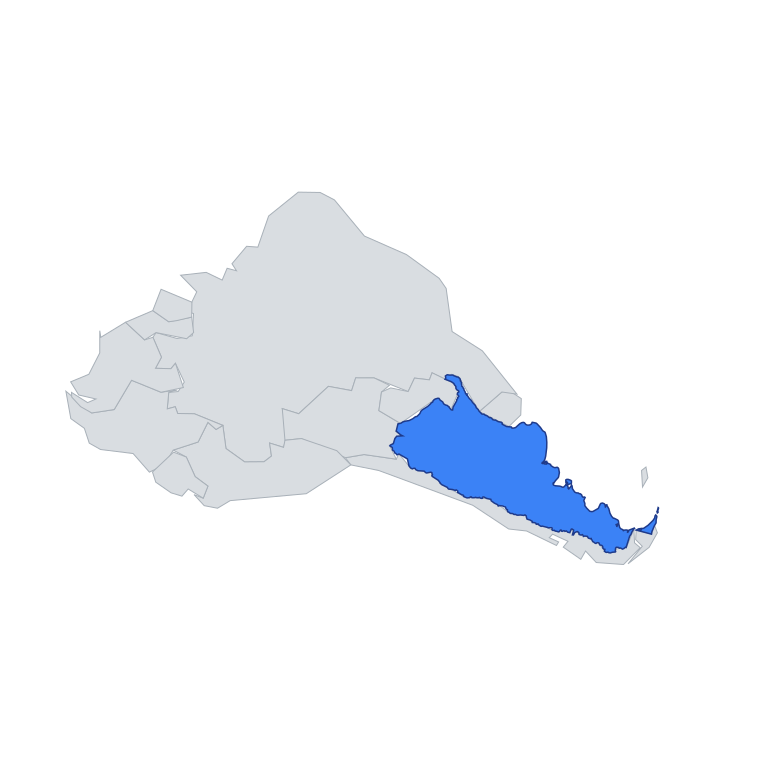 South America, with Argentina highlighted, rotated 286°
{"feature_id": "ARG", "entity_name": "Argentina", "entity_type": "country or territory", "adm_level": 0, "iso_a3": "ARG", "parent_name": "South America", "parent_adm1": "", "projection": "equal_earth", "projection_center": [-65.46, -38.417], "detail": "fine", "context": "in_parent", "style": "filled", "palette": "blue", "viewbox_px": 768, "rotation_deg": 286, "n_neighbors": 12, "source": "natural_earth", "source_scale": "50m", "svg_char_len": 9885}
<svg xmlns="http://www.w3.org/2000/svg" viewBox="0 0 768 768"><g transform="rotate(286 384 384)"><path d="M313.1,666.7L313.5,682.6L323.0,682.8L316.3,687.8L300.1,683.9L278.4,668.1L299.2,677.0L303.8,668.8L313.1,666.7ZM302.5,367.2L310.7,384.3L315.1,416.5L321.0,417.6L311.2,431.7L312.2,453.4L303.2,467.5L297.7,493.4L302.9,518.3L294.8,539.5L297.2,555.6L289.6,586.4L296.0,606.8L290.3,633.9L284.2,642.1L294.0,662.1L313.4,664.2L300.4,668.6L297.3,675.4L276.5,664.0L270.9,637.2L279.0,623.8L269.7,621.5L276.6,601.3L283.5,604.2L286.1,587.4L281.8,585.2L280.3,595.4L276.3,594.3L282.0,561.6L279.0,543.8L291.9,502.7L299.4,402.8L297.1,374.4L302.5,367.2Z" fill="#d9dde1" stroke="#a8b0b8" stroke-width="1"/><path d="M356.2,660.9L371.9,655.4L376.4,658.7L366.6,663.5L356.2,660.9Z" fill="#d9dde1" stroke="#a8b0b8" stroke-width="1"/><path d="M383.8,483.2L408.8,499.5L412.4,505.4L407.8,520.0L391.9,524.0L377.6,515.8L383.8,483.2Z" fill="#d9dde1" stroke="#a8b0b8" stroke-width="1"/><path d="M410.9,514.6L408.8,499.5L383.8,483.2L411.6,453.6L412.0,446.3L405.3,442.8L408.0,427.1L400.5,426.5L398.1,411.7L383.4,409.3L387.1,372.8L382.1,355.1L368.7,354.7L366.4,331.2L331.9,310.2L332.3,293.0L311.5,304.9L295.4,304.9L295.7,290.3L283.7,295.7L276.2,290.1L270.7,271.5L278.4,249.9L299.8,240.5L303.1,209.9L298.8,193.8L304.6,189.6L300.3,182.5L316.6,179.4L320.0,188.2L330.8,191.5L346.4,177.8L340.0,175.0L336.1,160.0L348.4,162.7L365.2,149.0L370.6,150.7L370.7,172.5L377.5,186.4L399.2,181.5L399.3,174.9L421.0,178.6L432.5,158.5L442.3,182.3L439.3,199.8L452.0,201.3L452.2,211.0L457.7,204.7L478.5,214.0L480.8,225.0L513.7,226.8L544.8,248.7L550.5,269.8L547.3,285.6L520.8,324.4L514.6,369.9L500.8,407.9L493.0,417.4L453.2,435.0L443.0,469.4L410.9,514.6Z" fill="#d9dde1" stroke="#a8b0b8" stroke-width="1"/><path d="M302.6,304.3L332.3,293.0L331.9,310.2L366.4,331.2L368.7,354.7L382.1,355.1L387.1,372.8L384.3,389.6L375.6,383.8L357.0,386.4L350.6,410.7L341.6,408.4L338.9,415.8L325.8,406.9L315.1,416.5L310.7,384.3L302.5,367.2L308.8,319.7L302.6,304.3Z" fill="#d9dde1" stroke="#a8b0b8" stroke-width="1"/><path d="M299.8,240.5L278.4,249.9L270.7,271.5L276.2,290.1L283.7,295.7L295.7,290.3L295.4,304.9L302.6,304.3L308.8,319.7L306.9,357.0L297.1,374.4L257.1,339.5L229.5,268.3L218.7,258.2L217.5,244.7L225.3,231.9L224.4,241.7L237.3,242.9L242.9,228.0L259.3,214.1L262.4,199.6L277.0,221.3L298.6,225.3L294.0,235.1L299.8,240.5Z" fill="#d9dde1" stroke="#a8b0b8" stroke-width="1"/><path d="M321.3,187.0L316.6,179.4L300.3,182.5L304.6,189.6L298.8,193.8L303.1,209.9L299.8,240.5L294.0,235.1L298.6,225.3L277.0,221.3L262.4,199.6L245.8,195.2L234.6,182.8L248.0,162.0L242.9,129.5L245.9,117.0L258.8,108.2L264.4,92.5L289.4,80.2L275.6,111.0L285.1,131.7L318.0,140.3L314.6,171.9L321.3,187.0Z" fill="#d9dde1" stroke="#a8b0b8" stroke-width="1"/><path d="M365.2,149.0L348.4,162.7L336.1,160.0L340.0,175.0L346.4,177.8L325.3,192.1L314.6,171.9L318.0,140.3L285.1,131.7L275.6,111.0L278.6,98.6L285.3,87.5L289.8,85.9L284.4,104.2L290.2,111.2L289.3,93.6L299.7,82.2L312.0,97.6L335.5,102.2L356.9,96.1L350.8,98.9L372.1,118.5L360.4,141.7L365.2,149.0Z" fill="#d9dde1" stroke="#a8b0b8" stroke-width="1"/><path d="M395.3,180.7L381.0,186.8L373.1,181.8L370.6,150.7L360.4,141.7L372.1,118.5L390.8,141.5L384.5,159.9L395.3,180.7Z" fill="#d9dde1" stroke="#a8b0b8" stroke-width="1"/><path d="M409.7,176.8L395.3,180.7L387.6,166.9L384.5,159.9L390.8,141.5L413.6,143.6L409.7,176.8Z" fill="#d9dde1" stroke="#a8b0b8" stroke-width="1"/><path d="M260.5,200.5L259.3,214.1L242.9,228.0L237.3,242.9L224.4,241.7L229.1,224.7L220.5,220.7L220.7,209.3L226.7,191.7L235.6,185.7L260.5,200.5Z" fill="#d9dde1" stroke="#a8b0b8" stroke-width="1"/><path d="M382.1,391.5L383.4,409.3L398.1,411.7L400.5,426.5L408.0,427.1L403.9,450.9L397.6,457.8L377.8,455.4L383.9,437.6L350.6,410.7L357.0,386.4L375.6,383.8L382.1,391.5Z" fill="#d9dde1" stroke="#a8b0b8" stroke-width="1"/><path d="M384.0,483.0L382.1,486.5L382.4,487.6L382.5,488.9L381.8,490.0L382.0,491.1L381.8,491.9L380.7,494.6L381.1,495.7L380.7,497.0L379.7,498.4L379.8,500.7L380.1,501.2L379.3,504.0L379.6,507.5L379.0,508.5L378.2,508.5L377.9,508.8L376.9,513.6L377.8,518.3L376.9,519.2L377.3,520.6L378.4,522.5L383.1,525.4L384.7,526.9L385.5,528.4L385.5,529.6L384.2,531.5L384.0,533.0L384.6,535.1L385.8,536.4L386.7,536.9L387.9,536.9L388.1,537.2L388.3,540.2L388.3,541.2L387.9,542.1L385.4,546.3L383.3,548.8L382.5,550.2L382.2,551.7L381.6,552.4L378.1,554.6L372.7,556.6L367.4,558.0L359.2,559.3L356.1,559.4L354.5,559.1L353.1,558.7L352.3,557.8L351.4,557.7L351.2,558.2L351.6,559.3L351.4,560.7L351.6,561.4L353.1,562.5L352.3,562.6L353.0,563.3L352.6,566.3L351.6,566.9L350.8,569.4L350.6,570.7L350.8,571.6L351.7,573.4L351.4,574.5L350.8,575.2L347.2,577.0L343.0,577.4L342.1,577.3L338.2,575.4L335.3,574.5L335.6,574.0L335.2,573.9L333.9,574.4L333.5,575.1L333.4,576.9L334.2,580.7L334.3,582.2L334.0,584.0L334.4,585.1L336.7,586.4L337.2,586.4L337.4,586.5L337.0,587.2L337.0,587.7L337.9,587.8L339.9,587.5L340.2,586.5L339.0,586.3L339.2,586.1L341.9,585.2L342.6,585.8L342.9,586.6L343.1,587.6L342.9,590.0L342.5,590.9L340.3,591.5L339.7,591.3L338.5,589.0L337.5,588.5L336.5,588.6L335.5,589.5L334.5,589.7L334.1,590.5L336.6,591.7L338.5,592.2L337.8,592.9L335.3,594.0L332.7,597.1L332.4,598.8L332.8,600.9L332.4,601.8L332.6,602.8L332.1,604.3L330.3,605.8L330.0,606.9L330.6,607.5L330.4,608.6L327.0,608.2L324.6,610.0L322.4,610.6L320.5,613.1L318.4,616.8L318.5,618.5L319.0,619.9L323.5,624.3L328.2,625.0L329.1,625.5L329.8,626.9L329.6,628.7L328.9,629.7L326.9,630.7L327.2,630.9L328.6,630.7L329.0,630.9L329.3,631.5L328.7,631.8L325.9,634.6L322.1,636.8L319.5,639.3L318.2,641.5L318.4,642.2L317.7,646.1L317.0,647.1L314.9,648.0L313.6,647.0L312.5,645.3L312.7,646.2L312.5,646.7L310.7,647.2L312.9,647.3L314.0,648.4L311.0,650.1L310.1,651.6L309.8,653.7L308.6,654.9L309.5,654.6L310.4,656.9L310.6,658.0L310.5,658.7L308.1,659.0L309.8,659.6L310.6,659.4L311.0,659.7L314.5,664.3L314.2,664.6L314.1,664.2L309.7,663.0L308.1,663.0L305.3,662.1L293.6,661.8L293.7,661.2L291.8,659.8L291.0,658.7L291.5,656.9L291.5,656.3L291.0,655.4L291.4,654.9L291.5,654.0L291.1,652.3L290.0,651.8L289.4,652.1L288.0,652.1L286.7,652.9L286.3,652.7L285.2,649.9L284.0,648.1L283.8,646.5L284.1,645.7L283.4,644.1L283.5,643.2L283.8,642.7L283.9,642.0L285.9,641.9L285.8,641.1L286.4,639.8L288.2,638.9L288.8,638.1L288.9,637.1L288.7,636.0L289.4,635.2L290.2,634.8L290.5,633.8L290.3,632.8L289.8,632.1L289.2,631.8L289.1,631.0L290.0,628.7L290.0,628.1L291.4,626.9L291.7,626.1L292.6,625.8L292.1,624.4L292.2,622.9L293.6,621.5L293.2,618.9L292.4,617.7L293.6,616.8L293.9,616.1L293.1,615.2L293.1,613.1L293.4,612.8L294.5,612.6L294.6,612.0L295.4,611.1L295.4,610.3L293.8,608.3L291.1,607.7L290.9,606.7L295.8,606.6L296.4,605.0L296.4,604.5L296.0,604.0L292.3,603.6L292.2,601.4L293.0,599.9L292.2,598.5L292.6,598.1L292.5,597.2L291.5,596.0L291.5,595.3L292.3,594.8L292.4,594.4L292.2,593.8L290.5,593.3L289.9,592.4L290.0,590.6L289.8,589.0L290.3,588.2L289.8,586.7L289.9,586.3L290.4,585.5L291.4,585.5L292.0,585.1L292.1,584.7L291.0,581.4L291.2,580.7L291.0,575.2L290.5,574.3L290.6,573.5L291.3,571.4L291.9,570.9L292.0,570.5L291.3,569.8L291.2,569.2L291.3,568.8L291.9,568.6L292.1,567.9L292.2,566.8L291.7,564.7L292.1,564.4L292.8,564.4L293.5,561.8L293.5,558.8L295.5,557.4L296.3,557.2L296.9,556.1L297.0,555.5L296.2,554.7L295.7,551.3L294.8,548.9L294.6,547.8L294.9,546.2L294.4,545.0L294.9,543.4L294.4,541.1L295.2,539.4L295.2,538.4L296.2,537.5L297.2,537.3L297.3,536.3L298.3,535.1L299.0,535.0L299.3,534.4L299.2,532.8L299.5,531.9L299.2,529.8L298.8,528.1L298.4,527.9L298.2,527.4L299.3,526.5L299.9,522.9L301.3,519.2L302.6,518.5L302.3,514.2L302.9,511.3L302.7,510.3L302.2,510.0L301.4,510.2L301.0,509.6L300.9,508.1L301.3,506.8L300.7,506.1L300.3,504.6L300.3,503.2L299.9,502.8L299.1,500.6L299.0,499.4L299.4,499.3L299.6,498.7L299.1,498.0L298.3,497.6L297.4,495.2L297.6,493.0L297.8,491.5L298.1,491.2L298.6,491.3L299.1,490.4L298.9,489.3L300.0,485.2L300.0,484.7L301.4,484.5L302.1,482.8L302.0,482.4L301.3,482.0L301.5,479.2L300.8,475.2L301.0,474.6L302.1,473.3L303.2,467.1L304.3,465.1L304.6,465.1L306.4,462.7L308.5,455.7L309.4,455.2L309.8,455.6L310.2,455.6L310.6,455.1L311.9,454.5L312.1,454.0L312.1,453.2L310.2,449.5L310.3,448.4L311.3,446.6L310.0,440.5L310.4,438.2L311.5,436.9L310.9,435.4L310.2,434.6L310.6,432.7L312.3,430.5L318.4,427.2L320.8,417.7L319.5,416.0L320.5,414.5L320.6,413.5L322.2,412.2L322.8,410.4L325.2,409.5L326.2,406.6L327.0,406.9L329.3,409.4L334.7,409.5L337.3,410.6L339.3,416.1L339.7,414.0L342.1,408.7L349.5,408.4L351.0,411.1L352.7,412.5L353.8,414.1L355.8,418.2L358.6,421.3L360.7,422.8L361.5,423.7L361.8,424.6L365.4,426.6L368.1,427.0L369.6,427.8L374.4,432.1L377.5,434.1L378.9,434.6L379.9,435.7L381.5,435.9L382.7,436.5L383.6,437.3L384.8,439.1L385.2,439.8L385.3,440.9L384.0,442.4L383.0,445.3L381.4,446.8L380.8,448.7L380.8,450.9L379.8,452.7L379.9,453.0L379.1,453.6L377.8,455.5L377.7,456.1L377.9,457.1L380.8,456.8L388.0,458.5L388.9,458.2L390.6,458.8L391.4,458.5L392.5,459.3L393.0,459.2L394.4,457.2L395.8,457.2L396.9,458.1L397.4,458.0L398.0,457.5L398.5,455.6L399.5,454.4L401.5,453.7L402.9,451.6L403.7,451.1L404.8,448.0L405.4,441.3L406.6,441.8L408.6,440.8L410.3,442.2L410.7,444.8L411.6,447.8L411.3,448.4L410.9,452.0L411.1,453.2L410.2,455.4L408.3,456.8L408.0,456.6L406.8,458.1L405.3,458.4L404.5,459.1L403.4,459.3L402.8,460.7L401.9,461.2L401.4,462.1L400.5,462.4L398.8,464.1L397.1,465.2L397.0,465.6L397.3,466.1L397.3,466.8L396.0,466.7L395.9,467.3L393.6,470.0L392.4,472.3L390.7,474.2L388.6,477.7L386.6,479.3L385.4,481.6L384.0,483.0ZM313.4,682.5L313.1,666.8L314.9,668.6L315.5,669.9L314.9,669.5L314.4,669.7L313.9,670.6L314.1,671.2L315.9,671.5L316.9,673.4L321.0,676.8L327.0,680.2L329.8,681.1L332.0,680.9L333.0,681.3L332.1,682.7L331.4,682.9L328.7,683.0L325.5,683.8L322.0,682.9L315.8,682.2L313.4,682.5ZM336.6,681.5L337.2,681.7L340.8,681.6L340.7,681.9L339.9,682.2L337.9,682.1L336.1,682.8L335.4,682.3L336.6,681.5ZM354.3,560.8L354.4,561.4L354.0,561.3L353.2,560.8L352.9,560.1L354.3,560.8Z" fill="#3b82f6" stroke="#1e3a8a" stroke-width="1.5"/></g></svg>